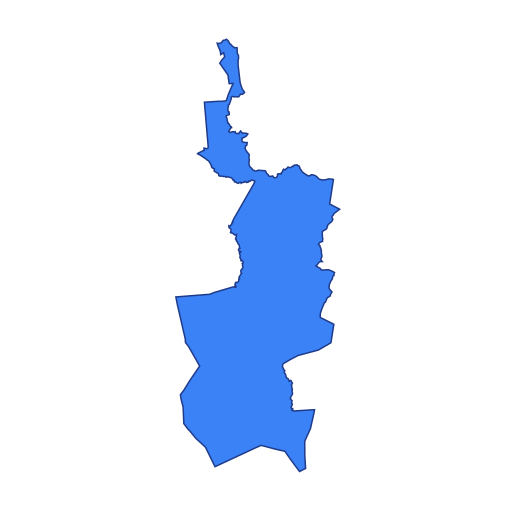 the district of Tinderet, Rift Valley, Kenya, rotated 85°
{"feature_id": "3690345B14310804681504", "entity_name": "Tinderet", "entity_type": "district", "adm_level": 2, "iso_a3": "KEN", "parent_name": "Kenya", "parent_adm1": "Rift Valley", "projection": "mercator", "projection_center": [35.153, -0.008], "detail": "fine", "context": "isolated", "style": "filled", "palette": "blue", "viewbox_px": 512, "rotation_deg": 85, "n_neighbors": 0, "source": "geoboundaries", "source_scale": "gbopen_adm2", "svg_char_len": 6092}
<svg xmlns="http://www.w3.org/2000/svg" viewBox="0 0 512 512"><g transform="rotate(85 256 256)"><path d="M40.6,276.1L42.3,275.8L49.0,273.7L52.3,273.6L50.7,270.5L54.6,269.9L55.6,270.6L57.6,272.8L60.8,275.3L73.2,268.2L82.0,267.7L82.1,263.8L92.3,269.3L98.3,271.9L98.8,272.8L98.9,277.2L98.6,279.7L98.3,294.0L143.8,294.1L144.5,294.9L144.9,295.8L144.1,297.6L144.0,298.4L144.7,298.6L146.0,298.2L148.5,304.7L149.1,305.3L150.4,303.1L154.7,297.7L155.8,296.7L157.1,294.9L159.8,293.5L161.5,292.9L162.0,292.4L163.1,292.6L164.1,292.2L164.7,291.4L165.3,289.9L167.2,290.3L168.0,290.1L168.5,289.5L168.7,288.8L169.7,287.9L170.0,286.8L170.9,286.2L172.7,286.0L173.1,285.5L173.5,283.6L173.4,282.8L174.0,281.5L174.0,280.3L174.9,278.7L174.4,278.0L176.1,273.3L177.0,273.0L177.6,272.5L178.3,272.3L178.3,271.6L178.8,271.0L179.8,271.2L180.5,270.6L180.4,269.7L181.2,269.2L182.1,267.2L181.5,266.4L181.3,265.6L181.3,264.7L182.2,264.5L181.7,263.7L181.6,261.8L181.4,261.0L180.7,260.5L181.0,259.6L181.9,259.2L181.9,258.0L181.6,257.0L180.7,256.9L181.0,255.8L180.8,255.0L179.9,253.7L179.9,253.0L180.6,252.3L180.8,251.4L181.3,250.7L182.2,250.9L184.5,252.3L216.9,274.8L219.8,276.5L220.5,276.1L220.8,276.8L221.4,277.3L222.1,277.4L222.7,277.8L223.1,278.7L223.8,278.9L224.1,279.6L223.5,280.4L224.0,280.5L225.6,280.3L226.6,279.0L227.6,278.6L228.6,278.6L230.3,279.4L230.9,278.8L231.2,277.3L232.8,275.8L233.3,275.1L233.3,274.4L232.9,273.6L235.2,273.9L236.5,274.8L237.3,274.9L238.0,274.1L239.0,274.3L239.7,274.0L240.0,273.4L242.2,272.9L243.4,271.8L245.8,271.7L246.9,271.3L247.2,272.3L248.6,273.0L249.1,272.5L250.2,272.3L250.2,271.3L250.4,270.7L250.9,271.2L251.4,272.2L252.1,272.3L253.7,271.8L254.5,271.7L255.9,272.2L257.4,271.7L258.3,271.1L258.9,271.5L259.6,271.2L259.6,270.3L259.8,269.7L261.8,269.4L262.4,270.4L263.2,270.0L264.0,270.3L265.9,270.0L266.6,270.1L267.2,270.9L268.0,271.0L268.4,271.9L269.0,272.3L270.6,272.5L272.3,271.8L272.6,272.6L275.2,274.3L275.6,274.8L276.4,274.9L277.3,274.4L277.8,275.2L279.8,275.6L281.0,277.1L280.4,278.0L280.7,278.7L282.6,279.5L283.2,279.5L284.4,278.5L285.1,278.5L285.4,279.5L284.8,280.1L284.9,282.1L288.6,300.3L290.1,305.5L289.8,339.4L297.5,338.6L332.5,333.7L336.1,333.8L340.4,331.0L360.7,321.7L375.3,333.6L378.9,336.2L383.5,339.7L387.6,343.4L392.2,343.1L400.0,341.8L416.7,342.5L422.5,338.9L424.8,337.0L432.3,331.9L442.1,323.0L462.3,315.2L446.8,272.5L445.1,267.3L450.1,253.5L453.1,244.2L462.2,239.0L474.5,231.4L471.9,225.1L459.5,224.8L444.8,223.6L432.7,216.8L416.7,211.7L414.2,211.1L413.7,231.8L413.0,233.6L411.8,232.6L411.2,232.8L411.0,233.9L410.1,234.1L409.0,233.9L407.5,232.9L406.6,232.7L405.9,233.4L405.1,233.3L403.4,232.6L401.2,234.3L400.5,233.8L399.4,233.7L397.1,231.9L396.2,231.6L393.8,231.9L392.2,231.4L389.9,231.8L388.4,231.7L387.7,232.1L385.9,230.8L382.9,232.2L383.7,233.8L381.2,234.6L380.1,236.0L379.5,236.4L377.4,236.7L376.3,237.0L375.3,237.5L374.6,238.0L373.8,238.0L372.9,237.3L372.1,237.8L371.4,238.5L370.4,238.4L369.2,239.2L368.3,239.2L366.6,238.9L365.7,238.4L362.2,231.0L358.8,222.9L355.1,202.0L348.9,188.9L330.8,184.4L322.8,197.4L319.4,197.0L317.8,196.5L314.4,195.0L308.6,192.0L308.1,190.9L304.0,188.8L303.5,188.1L302.6,186.0L302.1,185.5L300.1,184.8L298.5,183.4L295.8,185.4L294.6,185.9L293.7,186.0L290.8,185.5L289.2,184.4L288.2,184.1L285.4,181.9L283.0,181.3L282.5,180.8L282.2,180.0L280.3,179.8L279.3,179.2L278.2,180.8L276.0,184.9L275.8,190.6L275.5,192.3L274.5,192.7L273.6,193.5L272.7,195.2L272.1,195.6L271.5,196.9L270.8,197.1L270.4,196.2L268.0,194.0L267.5,193.2L267.2,192.6L267.3,190.5L265.8,191.6L264.9,191.7L262.0,190.3L258.3,190.6L256.0,190.4L254.7,190.8L253.7,190.8L251.9,191.6L251.1,191.4L250.6,192.1L249.8,192.8L249.2,192.2L248.5,191.8L247.9,190.8L247.2,188.4L246.3,188.4L244.3,187.9L242.1,188.3L241.3,188.0L239.3,188.1L237.3,187.6L235.8,184.8L235.7,184.1L235.2,183.5L234.4,182.9L233.4,182.7L232.8,182.2L231.9,182.1L231.3,181.7L230.0,180.1L228.6,178.0L227.3,176.7L226.1,176.3L225.1,176.5L224.6,177.0L223.7,177.0L222.9,176.7L222.4,175.9L221.6,175.2L220.6,174.8L216.7,168.6L210.6,178.1L186.5,172.2L186.0,173.5L186.0,174.6L185.8,175.2L185.5,176.9L186.1,180.0L186.1,183.1L185.7,183.8L185.6,184.8L184.9,186.4L182.2,188.6L180.9,190.3L180.0,192.7L179.9,193.8L180.8,195.8L180.8,196.7L180.4,197.5L178.9,199.6L176.2,202.6L174.4,203.5L172.8,204.5L171.2,204.8L170.5,205.1L169.9,205.6L169.5,206.6L168.8,207.1L168.9,209.0L168.7,209.8L170.0,211.0L169.7,211.9L170.5,212.7L171.0,213.9L170.6,215.5L170.2,216.4L171.1,217.2L172.0,218.8L172.7,219.4L172.5,220.4L171.9,220.8L172.5,221.5L174.5,222.4L175.5,223.6L176.4,223.6L176.3,225.3L176.0,226.4L176.2,227.3L177.0,227.6L178.0,227.5L179.3,228.6L179.7,229.5L179.7,230.5L179.3,231.4L177.7,232.4L177.9,233.5L177.8,234.2L178.0,234.9L177.7,235.9L177.1,236.4L176.2,236.7L174.1,238.5L173.3,238.8L172.4,238.8L171.9,239.4L170.7,246.4L171.3,247.9L171.3,249.3L170.5,250.5L170.1,251.6L168.5,252.5L166.4,254.4L165.4,254.7L162.8,255.0L159.5,254.2L157.7,254.5L155.5,254.1L154.9,253.8L153.4,254.5L152.1,255.5L150.2,256.6L147.8,257.6L147.0,257.1L145.6,256.9L145.1,256.4L144.8,255.5L142.2,254.9L142.0,256.9L141.2,259.4L140.6,259.8L139.2,260.0L138.5,259.6L137.4,259.7L137.1,258.8L137.1,258.2L136.0,255.8L135.6,255.1L133.7,253.5L133.2,254.3L132.7,255.9L132.4,258.0L132.6,258.7L130.1,260.5L132.6,262.6L132.2,263.4L132.4,264.5L131.8,265.6L131.1,265.9L130.3,265.9L130.5,266.8L130.1,268.2L130.6,271.4L129.5,272.3L126.2,270.0L126.0,269.1L125.2,269.3L124.8,270.1L121.7,271.6L121.2,272.4L120.4,272.3L119.7,272.7L117.6,272.9L116.6,272.9L114.9,273.5L114.1,273.5L113.5,273.1L113.4,272.2L112.7,270.3L111.8,270.2L110.9,270.6L110.3,270.2L109.8,270.9L109.2,271.2L107.0,271.2L104.2,270.4L103.2,270.4L102.9,269.7L102.2,269.2L97.2,267.0L95.5,266.6L95.1,266.0L95.0,265.1L95.5,264.3L95.6,262.1L95.9,260.3L95.8,259.2L93.4,257.3L93.8,255.3L93.1,254.6L92.7,253.8L92.0,253.1L88.5,255.1L84.8,256.1L81.5,256.7L63.7,257.2L59.4,256.7L57.3,256.1L54.6,256.0L52.4,257.0L46.9,256.7L46.7,257.5L46.8,258.9L45.1,261.1L42.6,263.0L42.2,263.7L39.5,264.7L37.5,266.5L38.2,268.2L38.3,269.9L40.2,271.7L40.7,272.5L41.0,274.4L40.9,275.2L40.6,276.1Z" fill="#3b82f6" stroke="#1e3a8a" stroke-width="1.5"/></g></svg>